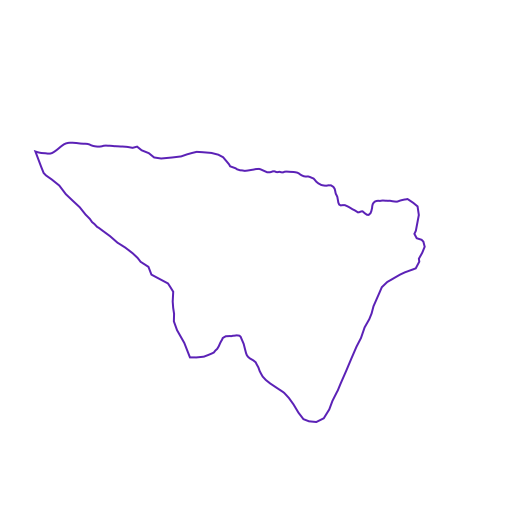 outline of Chargharay, Samchi, Bhutan, rotated 249°
{"feature_id": "84629894B86472917172938", "entity_name": "Chargharay", "entity_type": "district", "adm_level": 2, "iso_a3": "BTN", "parent_name": "Bhutan", "parent_adm1": "Samchi", "projection": "natural_earth1", "projection_center": [88.979, 26.995], "detail": "fine", "context": "isolated", "style": "outline", "palette": "violet", "viewbox_px": 512, "rotation_deg": 249, "n_neighbors": 0, "source": "geoboundaries", "source_scale": "gbopen_adm2", "svg_char_len": 3543}
<svg xmlns="http://www.w3.org/2000/svg" viewBox="0 0 512 512"><g transform="rotate(249 256 256)"><path d="M400.7,184.2L401.2,179.6L401.9,178.4L403.0,176.6L404.1,174.7L405.0,172.8L405.9,170.9L406.7,168.9L407.6,167.0L408.5,165.0L409.3,163.1L410.3,161.2L411.2,159.3L412.0,157.3L412.9,155.4L413.5,153.3L413.7,151.2L414.2,149.1L415.0,147.1L416.0,145.2L417.1,143.4L418.4,141.8L419.9,140.4L421.1,138.7L422.0,136.8L422.8,134.8L423.7,132.8L424.7,130.9L425.7,129.1L426.6,127.2L427.5,125.3L428.3,123.3L428.9,121.2L429.2,119.0L429.1,116.9L428.6,114.8L428.0,112.7L427.3,110.7L426.6,108.6L426.0,106.5L425.5,104.4L425.2,102.4L425.4,100.4L426.2,98.3L427.3,96.4L428.2,94.4L429.1,92.5L430.2,90.7L431.4,89.0L432.6,87.5L416.5,87.4L409.6,87.5L406.5,88.8L400.7,92.7L392.3,97.6L381.9,100.6L373.3,104.7L364.7,108.9L355.8,111.7L350.1,114.2L346.4,115.1L343.8,116.6L340.1,118.1L338.8,119.2L334.2,122.1L326.9,126.8L318.0,131.5L310.8,136.9L302.8,141.8L296.6,144.8L291.9,146.2L284.4,151.7L276.1,151.7L271.8,155.4L261.9,164.0L257.6,164.9L252.3,165.9L243.3,161.9L237.3,160.1L231.4,158.8L224.4,155.9L215.1,155.7L200.5,157.9L185.0,158.0L182.7,163.9L181.4,168.6L180.7,171.3L180.7,175.8L180.8,179.5L181.0,182.0L182.3,184.2L183.2,186.5L185.0,188.8L187.8,191.6L189.1,193.1L190.1,194.4L191.3,195.5L191.6,196.9L191.9,199.0L190.7,202.7L190.0,204.3L189.8,206.0L189.3,207.4L188.9,209.4L188.2,210.8L187.5,212.0L186.1,212.7L183.3,212.8L178.4,213.0L173.4,212.4L168.9,211.9L166.7,211.9L164.8,212.4L162.7,213.5L159.5,216.1L156.9,217.6L154.6,217.8L151.2,218.3L147.3,218.2L144.5,218.5L141.1,219.0L136.8,220.7L132.0,223.5L125.5,228.1L119.5,232.4L118.0,233.3L111.7,235.8L104.1,237.8L94.5,239.5L86.7,241.8L82.7,246.2L79.4,252.8L80.2,261.1L86.5,269.4L93.4,275.5L100.1,282.9L101.1,284.1L106.5,289.2L116.1,298.7L126.0,308.2L135.4,317.4L141.8,324.6L150.4,331.8L156.4,339.1L160.9,343.3L167.0,347.7L176.7,357.3L181.8,362.3L184.7,369.2L187.0,383.8L187.4,389.2L187.2,400.7L192.2,406.4L195.1,407.1L199.4,412.3L204.2,416.8L209.4,417.4L211.8,416.4L215.0,412.4L219.9,411.8L222.3,414.3L235.9,422.7L244.4,424.6L249.2,421.9L253.9,418.6L254.9,417.8L255.1,416.4L255.5,414.9L255.9,412.2L256.1,410.4L256.1,408.7L256.2,407.1L257.0,405.3L258.3,402.9L259.6,400.8L260.1,399.3L260.7,397.9L261.3,396.5L262.4,394.2L262.7,392.9L263.0,391.4L263.8,389.8L264.2,388.1L264.2,386.4L263.4,384.6L262.5,383.5L260.9,382.4L259.1,381.5L256.5,379.7L254.9,378.2L254.0,375.9L254.7,374.4L256.7,373.0L259.5,371.5L259.9,370.3L259.9,368.1L260.2,366.8L261.3,366.0L263.3,364.5L265.1,362.8L267.1,361.3L268.6,360.1L269.7,359.1L271.6,357.2L272.4,355.2L272.9,353.2L274.2,352.1L276.3,352.0L278.8,352.5L280.5,352.8L282.0,353.1L283.8,353.0L285.2,352.8L286.5,352.9L288.1,353.2L290.3,353.5L291.5,353.3L292.8,353.0L295.1,351.3L296.0,349.1L296.4,346.9L297.0,345.5L298.1,343.6L299.0,342.3L300.0,341.5L301.5,340.2L303.8,338.9L306.2,338.1L307.7,337.5L309.1,336.0L310.4,334.7L311.5,333.3L312.5,330.6L313.4,329.1L315.0,327.5L316.4,326.4L317.9,325.5L319.1,324.3L320.0,322.9L320.9,321.3L322.3,318.1L323.9,314.7L324.4,313.0L324.4,311.1L325.1,309.6L326.2,308.1L326.6,306.0L327.2,304.9L328.3,303.8L329.0,302.1L329.0,300.4L329.2,298.9L330.2,296.4L331.2,295.4L332.7,293.9L335.3,291.3L336.2,290.1L336.7,288.6L337.2,287.0L337.6,284.4L337.9,283.1L338.8,278.7L339.5,276.0L340.9,273.7L341.7,271.9L343.7,269.4L345.2,268.4L349.0,264.0L351.2,263.7L360.0,260.7L364.1,257.1L368.2,251.3L372.2,243.0L374.5,237.9L375.1,233.2L375.6,228.1L375.8,221.8L378.0,213.1L381.0,202.4L384.5,196.2L390.4,192.8L395.7,187.1L400.7,184.2Z" fill="none" stroke="#5b21b6" stroke-width="2"/></g></svg>